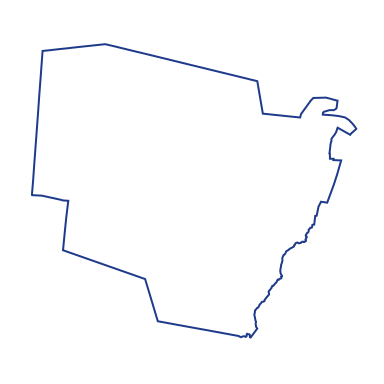 outline of Sobremonte, Córdoba, Argentina, rotated 4°
{"feature_id": "61730980B85685003882590", "entity_name": "Sobremonte", "entity_type": "district", "adm_level": 2, "iso_a3": "ARG", "parent_name": "Argentina", "parent_adm1": "Córdoba", "projection": "orthographic", "projection_center": [-63.921, -29.792], "detail": "fine", "context": "isolated", "style": "outline", "palette": "blue", "viewbox_px": 384, "rotation_deg": 4, "n_neighbors": 0, "source": "geoboundaries", "source_scale": "gbopen_adm2", "svg_char_len": 3962}
<svg xmlns="http://www.w3.org/2000/svg" viewBox="0 0 384 384"><g transform="rotate(4 192 192)"><path d="M33.1,61.7L33.1,62.0L33.1,63.8L33.0,89.7L32.9,107.8L32.9,124.3L32.7,175.3L32.7,191.7L32.5,205.6L32.6,206.2L32.9,206.3L42.4,206.1L62.2,209.0L63.6,209.4L69.2,209.4L68.3,227.2L67.8,243.7L67.4,259.1L151.3,282.1L152.4,285.0L158.7,301.6L166.9,323.3L183.8,325.2L204.6,327.5L212.9,328.4L213.9,328.5L247.6,332.3L248.7,332.4L249.0,332.8L251.1,333.4L252.1,332.8L253.5,332.3L254.7,332.3L255.7,332.8L256.4,332.2L256.6,331.5L256.4,330.5L256.9,329.6L257.7,330.0L258.6,330.0L259.3,330.0L259.7,330.8L259.9,332.7L260.5,332.9L260.7,333.0L266.6,323.7L266.2,323.1L265.3,321.9L264.9,320.1L264.7,318.8L264.9,316.9L264.4,316.0L264.0,314.7L263.6,313.1L263.4,312.4L263.0,311.0L262.7,309.7L263.1,308.1L263.1,306.9L263.1,305.8L263.4,305.5L264.0,304.7L265.0,303.2L265.9,302.8L266.5,301.7L266.9,301.0L267.3,299.6L268.4,298.4L269.4,296.7L271.0,296.4L271.9,295.7L271.9,294.8L273.3,292.5L274.5,290.9L275.5,289.6L275.9,289.0L276.0,288.6L276.0,287.9L275.6,287.1L275.4,286.2L275.7,285.2L276.8,284.1L277.0,283.7L277.8,282.2L278.1,282.0L278.2,281.3L278.4,280.8L278.7,280.1L279.3,280.1L279.8,279.8L280.0,279.1L280.7,278.5L281.2,277.7L281.5,277.3L282.3,276.5L282.9,275.4L283.3,274.0L283.7,273.4L284.1,273.4L284.3,273.6L284.7,273.5L284.8,273.0L285.1,272.7L285.7,272.4L286.6,272.2L287.2,271.5L287.2,271.0L286.9,270.4L287.2,270.3L287.7,269.8L287.7,269.6L287.4,269.1L287.2,268.8L286.8,268.3L286.4,267.6L286.2,267.2L286.0,266.6L285.9,266.1L285.8,265.7L285.6,265.0L285.6,264.6L285.6,263.0L285.6,262.5L285.6,262.2L285.8,261.6L285.9,261.1L285.9,260.7L285.9,260.3L286.0,259.8L286.0,259.3L286.0,258.8L286.0,258.3L286.5,256.8L286.6,256.2L286.8,255.2L287.0,254.5L287.0,253.9L286.9,253.4L286.8,252.7L286.7,252.2L286.7,251.9L286.7,251.7L286.8,251.3L286.9,250.9L287.1,250.4L287.3,249.7L287.7,248.8L287.8,248.7L287.9,248.3L288.5,248.1L288.9,247.6L289.3,247.0L289.5,246.4L289.7,245.8L289.9,245.3L290.3,244.5L290.4,244.3L291.0,244.0L291.5,243.6L292.1,243.3L292.4,242.9L292.9,242.4L293.8,241.6L297.2,239.5L297.5,239.2L297.6,238.1L298.0,237.5L298.4,237.4L298.5,237.0L298.9,235.9L299.8,235.3L300.8,235.1L301.4,235.5L302.3,235.7L303.3,235.4L304.1,235.2L304.6,234.5L305.2,234.0L306.2,233.8L306.7,234.1L307.4,234.1L307.5,234.1L307.8,233.9L308.0,233.7L308.4,233.4L308.5,233.3L308.7,233.2L308.8,233.1L309.0,233.0L309.1,232.9L309.1,232.7L309.0,232.4L308.9,232.4L308.7,232.2L308.5,231.9L308.5,231.7L308.7,231.4L308.8,231.3L308.9,231.1L309.0,230.8L309.0,230.7L308.9,230.5L309.0,230.4L309.1,230.1L309.2,229.9L309.3,229.7L309.5,229.6L309.6,229.4L309.6,229.2L309.6,228.9L309.6,228.7L309.4,228.6L309.2,228.6L308.9,228.5L308.9,228.4L308.8,227.9L308.8,227.7L308.7,227.6L308.5,227.4L308.6,227.1L308.7,226.9L308.8,226.7L308.9,226.4L309.0,226.3L309.0,226.2L309.1,225.9L309.3,225.7L309.4,225.4L309.9,224.6L310.4,224.4L310.9,223.8L311.1,223.2L311.1,222.7L311.0,221.6L311.3,221.1L311.7,220.8L312.6,219.4L313.0,219.4L313.9,219.2L314.1,218.8L314.2,218.4L314.3,218.2L314.3,217.4L314.4,217.0L314.3,216.6L315.0,216.1L316.2,216.0L316.6,207.2L318.0,207.0L319.2,197.9L321.4,192.7L327.6,193.2L332.9,175.0L335.6,164.2L338.6,150.1L330.8,150.3L330.9,149.0L327.3,149.2L327.2,148.1L327.1,146.9L326.8,143.8L326.4,143.8L326.5,142.7L326.7,139.0L326.9,134.1L327.3,132.5L327.5,131.9L327.4,130.1L327.6,128.9L328.8,127.0L330.3,124.8L331.7,122.0L331.9,121.0L332.5,118.7L332.8,117.7L338.3,120.3L345.8,123.9L346.5,122.8L346.6,122.6L351.5,117.6L350.6,116.3L349.1,114.5L347.2,112.5L343.5,109.2L339.4,106.9L332.8,106.0L326.7,105.7L325.0,105.7L317.1,105.7L317.1,103.9L317.9,102.8L323.6,100.7L327.6,100.5L329.4,99.4L330.4,98.1L330.8,90.8L319.2,88.5L307.9,89.6L306.5,89.7L304.0,92.7L303.4,93.7L295.3,106.7L294.7,110.1L293.0,110.1L257.2,108.9L255.3,101.1L249.4,76.9L179.9,65.0L146.8,59.3L131.5,56.7L120.1,54.8L104.5,52.1L95.1,50.6L74.8,54.2L64.2,56.1L57.3,57.4L53.7,58.0L44.9,59.6L40.7,60.4L39.0,60.7L33.1,61.7Z" fill="none" stroke="#1e3a8a" stroke-width="2"/></g></svg>